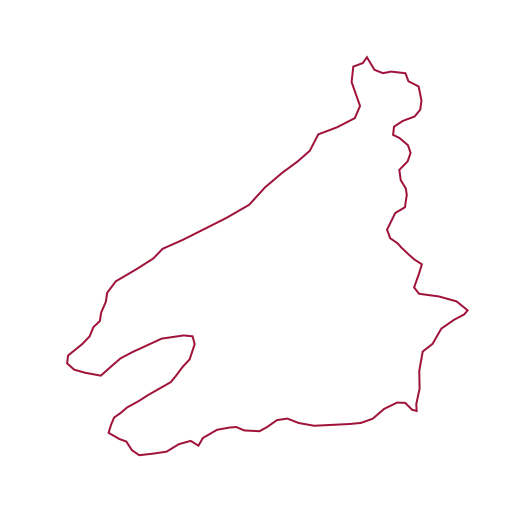 Nordmaling, Västerbotten, Sweden, rotated 82°
{"feature_id": "70781695B22798016989349", "entity_name": "Nordmaling", "entity_type": "district", "adm_level": 2, "iso_a3": "SWE", "parent_name": "Sweden", "parent_adm1": "Västerbotten", "projection": "albers", "projection_center": [19.36, 63.649], "detail": "fine", "context": "isolated", "style": "outline", "palette": "rose", "viewbox_px": 512, "rotation_deg": 82, "n_neighbors": 0, "source": "geoboundaries", "source_scale": "gbopen_adm2", "svg_char_len": 1619}
<svg xmlns="http://www.w3.org/2000/svg" viewBox="0 0 512 512"><g transform="rotate(82 256 256)"><path d="M74.6,118.5L79.8,123.4L82.0,133.3L97.0,137.1L107.6,135.0L121.9,132.1L133.2,138.9L139.8,157.8L144.2,177.4L159.3,188.1L168.2,201.7L177.2,218.4L189.2,237.4L204.3,255.6L214.1,279.9L220.8,299.6L229.8,326.2L235.9,347.5L244.2,358.1L252.5,376.4L261.5,398.3L271.7,408.5L280.3,411.0L290.5,417.2L298.7,419.7L303.8,426.9L312.5,432.0L319.2,440.6L328.4,456.0L336.1,458.0L343.2,451.9L347.8,441.6L352.9,426.3L344.7,414.0L338.5,404.4L333.9,391.6L329.8,377.9L324.7,361.1L324.6,338.7L326.7,330.0L334.8,329.0L349.1,336.1L355.7,344.2L363.9,352.3L369.0,357.9L378.7,382.3L383.4,392.5L388.0,404.7L392.6,411.9L396.2,419.0L402.9,423.0L410.6,426.6L418.2,416.8L421.7,410.2L430.9,406.0L437.0,399.4L437.4,385.6L437.3,371.8L431.6,358.6L430.0,346.4L435.8,339.4L428.8,333.9L422.7,318.9L422.2,306.4L422.6,299.4L427.1,291.9L430.0,276.9L427.0,269.0L421.4,258.0L421.4,247.5L427.3,237.0L432.2,222.1L435.4,186.7L435.9,175.3L433.3,162.9L425.3,150.5L420.8,136.7L422.2,128.7L430.1,122.7L431.8,118.5L425.0,117.9L410.3,112.5L392.4,110.3L373.8,104.2L367.6,93.4L353.7,82.6L346.7,68.7L342.8,57.9L339.3,54.0L328.9,63.7L321.5,80.5L316.1,99.8L309.1,103.8L295.7,96.8L287.3,92.9L281.4,99.8L274.9,105.3L267.5,111.2L263.5,113.7L257.1,120.6L248.2,122.6L232.8,112.1L228.4,101.7L216.5,98.2L210.1,98.2L201.1,102.1L190.7,102.1L183.3,92.6L175.4,88.6L167.5,90.1L159.1,97.5L155.1,103.4L147.1,101.3L142.7,91.9L139.9,79.5L134.0,73.0L125.1,70.5L110.7,71.4L104.2,80.7L95.8,82.6L92.2,96.5L92.6,104.9L88.1,112.8L74.6,118.5Z" fill="none" stroke="#9f1239" stroke-width="2"/></g></svg>